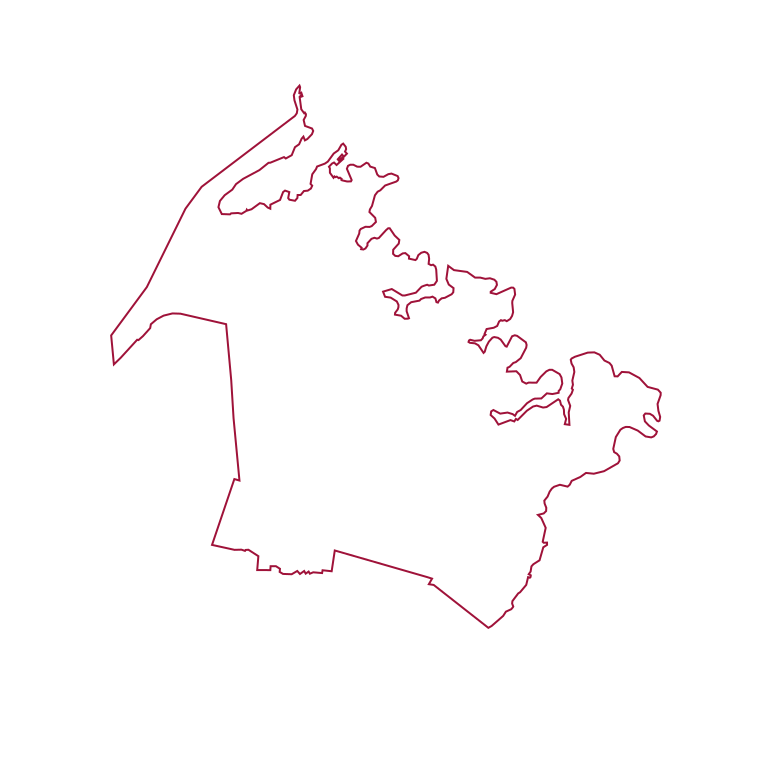 Georges River, New South Wales, Australia, rotated 208°
{"feature_id": "25037944B98162521374910", "entity_name": "Georges River", "entity_type": "district", "adm_level": 2, "iso_a3": "AUS", "parent_name": "Australia", "parent_adm1": "New South Wales", "projection": "equal_earth", "projection_center": [151.093, -33.973], "detail": "fine", "context": "isolated", "style": "outline", "palette": "rose", "viewbox_px": 768, "rotation_deg": 208, "n_neighbors": 0, "source": "geoboundaries", "source_scale": "gbopen_adm2", "svg_char_len": 6166}
<svg xmlns="http://www.w3.org/2000/svg" viewBox="0 0 768 768"><g transform="rotate(208 384 384)"><path d="M460.3,161.2L438.1,167.4L432.1,170.8L428.4,171.4L428.3,172.5L425.9,174.0L414.1,173.0L408.6,160.2L397.0,166.3L398.6,169.9L393.9,172.4L389.1,172.0L387.9,169.1L384.0,168.9L376.2,172.7L372.8,178.2L369.0,176.8L366.7,181.4L364.1,179.8L362.5,183.0L360.4,181.7L358.1,184.5L349.9,188.0L350.8,190.7L342.3,194.1L349.3,213.9L255.1,233.8L250.2,234.7L250.4,228.3L245.8,229.9L177.4,217.7L175.4,220.8L169.9,235.2L169.5,240.2L165.9,244.9L165.4,247.3L165.4,248.2L167.8,250.3L168.7,252.6L167.2,262.1L166.1,264.0L164.1,273.4L166.1,281.1L164.3,281.4L164.0,282.4L164.6,284.0L166.9,284.0L166.5,287.2L168.2,292.2L167.5,295.0L163.9,301.4L166.7,314.6L164.5,318.5L165.6,320.5L168.5,318.8L169.8,319.2L173.7,332.9L182.2,339.5L186.6,340.7L182.2,344.7L181.2,347.9L182.6,350.9L186.1,353.9L187.7,356.3L186.7,361.4L187.2,366.8L186.7,370.5L185.6,373.1L181.4,377.6L173.7,379.6L172.7,382.3L172.8,386.6L167.0,394.1L163.9,400.3L156.6,403.3L148.8,410.3L140.2,423.9L140.0,427.1L142.3,430.5L145.6,431.8L148.8,431.9L151.1,434.3L154.4,446.0L153.8,454.6L152.4,457.3L150.4,459.6L147.0,461.3L138.1,462.0L128.4,460.5L123.0,462.3L121.2,464.4L120.3,467.6L120.7,470.2L130.7,471.7L136.1,473.5L139.9,478.2L139.4,480.6L135.3,482.5L131.5,482.3L125.5,479.7L124.2,479.9L123.5,481.0L124.7,484.6L129.1,489.1L133.1,494.8L134.5,504.0L135.6,506.2L139.5,507.6L149.9,505.2L161.3,509.2L173.1,509.3L179.7,506.3L181.3,500.4L184.0,499.1L191.6,507.1L194.8,508.4L200.4,508.2L207.3,511.1L213.1,510.7L218.8,507.4L228.2,497.7L230.3,494.6L230.5,493.1L228.0,490.1L224.4,487.8L221.6,484.0L219.3,475.4L216.8,472.0L216.1,468.2L214.5,467.6L213.9,463.6L214.6,458.3L214.0,456.3L209.3,452.1L207.6,445.7L201.1,435.0L205.5,433.4L206.8,438.7L210.8,441.9L213.1,445.8L215.4,448.0L218.0,448.8L220.8,451.9L223.0,452.3L229.6,440.0L232.5,437.9L239.0,436.6L241.8,434.1L245.3,427.5L249.1,415.0L251.1,415.1L251.4,412.1L255.4,411.5L263.9,401.9L270.2,405.4L275.3,406.7L276.5,410.1L275.2,412.4L267.5,412.4L261.5,416.8L256.3,417.8L253.4,417.4L253.3,421.8L251.1,425.2L248.7,434.2L245.5,440.1L244.1,441.8L238.3,445.1L235.8,452.2L230.6,454.2L225.7,458.2L226.5,459.8L225.9,462.1L226.8,468.1L230.4,473.1L233.6,475.2L242.1,475.5L244.6,474.2L246.6,471.4L249.0,463.8L249.9,456.8L257.0,453.1L258.6,451.1L263.1,451.1L268.1,455.8L273.1,457.4L281.3,452.6L282.6,456.4L281.2,458.1L279.7,463.3L277.9,465.2L275.4,471.0L275.5,482.8L276.4,485.4L278.3,487.4L289.1,489.0L291.4,488.4L293.3,486.3L293.2,474.6L294.5,474.4L301.8,478.0L305.1,478.3L308.7,477.2L310.0,475.8L311.3,470.6L311.3,465.3L310.2,459.8L310.7,458.2L318.8,462.5L322.8,462.6L327.5,460.7L329.1,460.8L329.4,462.3L328.7,463.5L324.4,464.6L319.0,468.1L318.3,470.5L318.6,472.7L317.5,475.1L318.7,475.2L319.2,480.7L313.5,485.2L311.3,488.4L311.7,493.2L310.7,495.3L309.4,495.3L307.3,497.1L305.1,497.1L303.1,500.6L302.9,504.3L303.7,508.0L308.8,515.7L309.7,517.7L310.2,524.5L313.5,529.2L315.2,529.7L317.0,528.8L326.9,516.1L332.6,514.6L333.1,515.6L330.8,519.8L330.8,524.5L332.7,527.0L335.5,527.9L340.1,527.1L343.9,524.4L349.1,523.1L353.5,520.7L363.2,522.0L375.7,517.4L382.8,518.5L378.3,506.1L373.5,502.2L367.6,501.3L365.9,497.5L366.4,495.0L370.7,488.7L373.3,486.7L374.6,483.5L374.6,481.2L376.1,480.9L378.8,483.7L382.2,483.9L384.0,482.0L388.3,479.7L391.2,476.4L391.8,474.3L398.4,469.0L400.3,464.6L399.5,461.4L398.2,458.9L392.8,453.8L393.6,452.9L396.4,451.3L401.0,452.3L406.9,450.4L407.6,452.1L406.9,456.3L407.3,458.5L408.3,460.6L411.4,462.9L418.7,463.4L424.0,461.5L428.2,465.1L421.7,471.5L409.3,470.8L407.1,472.0L398.7,479.6L396.5,487.5L395.0,489.3L392.5,491.9L390.6,492.0L386.2,495.3L385.7,499.9L391.6,509.5L393.8,511.8L396.7,512.4L398.2,511.0L401.0,511.0L402.9,515.7L405.3,519.0L407.5,520.0L410.3,519.7L412.7,517.4L414.2,513.9L413.8,509.9L414.4,508.2L420.8,506.4L421.8,508.6L426.6,509.6L428.8,508.1L431.4,503.5L434.2,502.4L437.1,503.2L438.9,506.9L436.9,514.9L438.1,518.4L444.3,520.1L452.1,524.2L453.4,523.5L454.4,520.9L457.1,510.5L458.5,509.1L461.1,508.6L463.2,506.3L464.7,500.5L463.6,498.5L464.0,495.0L465.3,493.1L467.5,492.3L467.7,493.8L472.4,494.8L475.9,497.1L476.5,505.2L477.6,508.0L477.3,510.0L474.2,514.1L470.5,515.9L469.0,517.6L467.2,523.3L469.8,526.6L477.6,529.0L478.4,531.5L478.2,535.6L480.6,546.4L479.9,550.8L478.2,553.3L476.2,559.8L468.2,568.5L467.4,570.3L467.8,572.6L469.6,574.0L476.2,573.3L478.7,571.3L481.7,566.7L485.6,565.0L488.3,565.8L493.4,570.4L498.2,569.5L501.3,571.3L503.4,571.1L506.7,564.8L509.7,563.3L514.1,563.2L516.7,561.8L518.2,559.7L517.8,556.6L508.3,548.9L508.3,547.4L511.6,545.5L516.8,544.1L517.5,544.2L517.7,545.2L519.8,545.5L520.5,544.5L523.1,544.9L524.1,543.8L525.2,544.0L525.4,542.4L530.9,545.1L533.1,549.1L534.6,550.0L533.4,554.2L532.1,556.1L528.7,555.1L525.6,563.7L527.1,564.4L528.7,560.0L530.3,560.7L528.8,566.9L526.1,565.9L524.9,570.0L527.5,570.9L527.7,573.6L529.2,575.5L532.9,577.1L533.9,575.2L534.1,568.9L536.6,563.9L538.0,554.0L539.7,550.8L545.2,544.6L544.9,541.8L545.8,535.5L542.8,526.2L540.5,525.4L540.3,522.3L542.1,518.9L545.3,516.8L546.3,511.8L549.0,510.3L547.8,507.6L548.6,504.0L554.1,502.3L555.9,503.2L557.7,509.0L562.2,508.3L563.2,506.1L562.2,497.7L568.5,489.0L566.7,485.4L569.5,485.2L574.4,486.5L578.5,485.4L583.0,476.1L586.0,473.1L587.0,473.5L586.8,472.3L589.7,467.4L593.1,466.5L599.1,462.9L599.6,461.5L607.0,457.9L613.2,462.4L614.8,468.6L613.3,475.9L609.2,484.4L608.5,491.0L604.7,499.0L594.4,514.4L589.8,525.1L588.3,526.0L578.8,537.4L576.6,537.0L572.9,542.7L573.8,551.3L571.5,555.8L571.9,561.9L571.3,564.6L568.2,562.0L566.7,564.3L564.9,570.7L565.3,574.2L567.5,575.8L574.9,574.8L575.7,575.7L578.9,579.4L578.9,584.0L579.6,585.6L581.3,586.5L581.6,585.6L586.0,587.7L593.3,597.9L592.8,599.9L591.9,598.9L591.1,599.8L593.8,602.4L594.6,601.2L595.3,601.7L595.0,602.7L595.6,601.8L597.4,606.7L598.7,607.8L599.9,602.9L599.2,596.6L596.2,592.4L589.3,585.7L588.1,582.1L588.5,578.9L637.6,472.5L641.6,445.6L638.9,358.2L647.7,298.8L631.7,274.5L628.8,283.5L622.7,307.2L621.4,307.5L619.3,313.1L616.7,323.6L617.9,327.3L615.1,334.4L610.7,340.9L603.9,347.0L596.8,350.5L551.5,362.7L520.6,315.5L500.8,283.2L466.3,230.9L471.5,229.8L460.3,161.2Z" fill="none" stroke="#9f1239" stroke-width="2"/></g></svg>